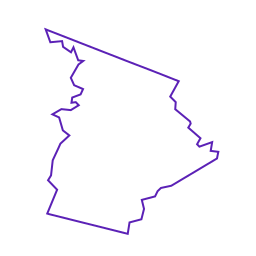 Campbell, Virginia, United States of America (Albers equal-area conic projection), rotated 85°
{"feature_id": "52423323B79148306227906", "entity_name": "Campbell", "entity_type": "district", "adm_level": 2, "iso_a3": "USA", "parent_name": "United States of America", "parent_adm1": "Virginia", "projection": "albers", "projection_center": [-79.136, 37.228], "detail": "fine", "context": "isolated", "style": "outline", "palette": "violet", "viewbox_px": 256, "rotation_deg": 85, "n_neighbors": 0, "source": "geoboundaries", "source_scale": "gbopen_adm2", "svg_char_len": 814}
<svg xmlns="http://www.w3.org/2000/svg" viewBox="0 0 256 256"><g transform="rotate(85 128 128)"><path d="M206.2,215.9L207.0,213.9L233.4,137.5L222.2,134.7L220.1,122.6L210.0,119.1L200.8,120.5L198.5,107.0L193.5,104.0L190.6,100.4L189.3,89.9L166.1,42.0L159.6,40.1L158.0,47.6L149.4,45.4L152.8,58.5L150.2,60.6L144.5,56.7L132.9,67.9L129.1,65.2L126.9,65.6L113.4,79.3L106.4,78.2L100.4,83.2L85.8,73.4L73.3,98.5L61.1,123.5L22.6,201.4L35.8,197.9L35.7,186.1L41.5,185.6L47.6,178.2L42.9,175.3L56.2,171.7L57.3,166.8L60.4,171.8L73.0,180.6L80.7,177.9L85.3,169.4L90.4,172.3L92.8,180.9L97.9,182.1L97.7,177.8L101.0,175.1L105.2,183.4L103.4,192.7L107.8,202.1L111.5,195.7L124.7,193.1L130.3,187.1L137.7,196.7L142.2,199.2L153.6,205.8L168.5,208.8L173.1,212.2L183.3,204.0L206.2,215.9Z" fill="none" stroke="#5b21b6" stroke-width="2"/></g></svg>